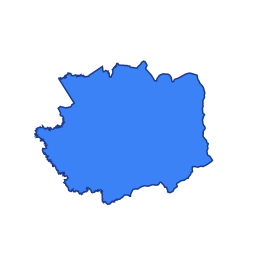 outline of El Carmen De Chucuri, Santander, Colombia, rotated 331°
{"feature_id": "7082276B87147370357978", "entity_name": "El Carmen De Chucuri", "entity_type": "district", "adm_level": 2, "iso_a3": "COL", "parent_name": "Colombia", "parent_adm1": "Santander", "projection": "mercator", "projection_center": [-73.616, 6.671], "detail": "fine", "context": "isolated", "style": "filled", "palette": "blue", "viewbox_px": 256, "rotation_deg": 331, "n_neighbors": 0, "source": "geoboundaries", "source_scale": "gbopen_adm2", "svg_char_len": 5654}
<svg xmlns="http://www.w3.org/2000/svg" viewBox="0 0 256 256"><g transform="rotate(331 128 128)"><path d="M214.0,115.3L209.4,110.5L207.7,109.5L205.9,109.2L204.9,108.8L196.6,108.8L192.2,108.1L190.5,109.4L189.4,109.3L189.1,108.5L190.3,104.7L190.0,101.9L189.0,100.3L184.8,97.6L181.8,97.2L180.4,97.5L177.3,99.0L175.8,100.7L174.2,99.6L174.0,93.1L172.2,85.3L172.6,84.0L174.5,82.9L175.1,82.1L175.1,78.6L174.2,77.1L171.6,77.3L170.1,78.3L165.7,79.4L164.7,80.0L160.9,76.9L159.7,76.3L159.4,75.7L159.6,74.7L158.0,73.7L157.0,72.5L155.8,72.1L155.0,71.3L151.0,68.9L150.3,68.1L150.5,66.8L149.7,66.2L149.3,66.2L149.0,66.9L147.5,67.5L147.6,67.9L146.7,68.0L147.1,68.5L145.7,68.8L145.5,68.4L144.8,68.4L143.4,69.3L142.7,69.3L142.2,71.3L141.1,72.9L139.0,74.1L137.9,75.3L137.2,74.8L137.1,74.2L136.6,73.9L138.1,70.8L137.3,70.1L137.7,69.7L137.7,69.1L138.2,68.7L136.8,67.9L136.5,66.9L134.5,67.1L133.7,66.8L134.0,64.8L134.5,64.3L135.4,61.8L119.5,63.1L119.2,63.6L118.4,63.7L117.4,63.1L115.9,62.8L115.0,61.6L114.4,61.8L114.4,60.2L113.8,60.0L113.0,60.3L112.5,59.1L112.7,58.5L110.9,58.6L110.8,59.2L109.7,58.6L110.2,58.0L109.9,57.6L109.2,58.1L108.6,57.5L108.2,57.9L108.3,56.6L108.0,56.2L105.7,55.8L104.3,54.9L103.9,54.0L104.3,53.7L104.3,52.6L102.9,51.4L102.4,51.8L102.1,51.0L101.5,51.5L100.2,51.8L99.3,51.9L98.8,51.6L97.7,52.0L97.5,52.3L98.3,52.5L98.6,53.1L98.6,53.6L98.2,53.9L96.7,53.5L96.3,52.6L94.4,52.6L93.7,51.9L93.6,52.9L93.2,52.9L92.8,51.8L91.9,50.9L91.4,51.3L93.0,80.3L90.0,80.5L88.7,81.7L87.8,81.7L86.4,81.1L85.5,81.1L84.5,80.5L83.5,80.5L81.0,78.0L80.0,77.4L79.3,76.4L76.5,76.9L76.4,82.1L75.1,83.4L75.2,84.7L76.6,86.3L76.5,87.7L76.0,88.5L75.6,88.5L75.9,89.1L75.2,89.3L74.8,90.1L74.7,90.3L75.1,90.3L75.4,90.9L74.6,91.6L74.2,91.3L73.6,91.7L74.2,92.2L73.3,92.1L73.5,92.6L73.0,93.1L72.5,92.6L72.3,93.2L71.8,93.2L71.6,93.6L71.2,93.6L71.1,94.0L70.5,93.9L70.5,94.4L70.0,93.8L69.1,94.5L67.5,94.0L68.9,92.9L67.7,91.3L67.4,91.4L66.8,92.7L66.1,92.6L66.0,91.8L65.6,91.8L65.4,92.4L65.5,93.1L63.6,92.1L63.0,92.7L62.3,92.8L61.2,92.5L60.5,91.8L60.5,90.3L59.7,90.5L59.7,91.2L58.4,92.3L58.0,91.6L58.0,90.7L58.7,89.7L57.9,89.7L58.1,88.6L57.9,88.5L57.1,89.1L56.4,89.0L56.0,88.4L55.3,88.9L54.4,87.9L54.7,86.6L54.3,84.9L53.9,85.9L53.0,86.0L52.1,85.6L51.7,84.4L50.4,84.7L49.3,84.2L48.2,84.2L47.8,84.4L47.8,85.3L47.2,84.8L47.1,85.4L45.7,85.5L46.2,87.2L45.2,88.2L44.3,87.8L43.6,88.3L43.8,88.7L44.0,88.3L44.6,88.5L43.4,89.9L44.5,89.8L45.5,90.5L43.4,91.8L45.6,92.6L46.4,94.6L47.1,95.2L46.6,96.1L45.6,96.3L45.3,96.8L46.4,97.2L46.8,96.4L48.3,96.6L48.3,97.2L47.5,98.1L48.3,99.1L48.3,100.0L47.5,101.0L48.6,101.2L48.7,101.6L47.1,103.0L47.2,103.4L48.3,103.8L47.1,104.2L47.0,106.1L45.2,105.8L43.6,104.6L42.5,105.9L42.0,108.2L42.2,109.0L43.0,109.3L43.2,109.7L42.0,109.7L42.0,110.0L42.1,110.4L43.1,110.9L43.4,111.5L42.3,113.8L42.7,114.0L44.1,113.4L44.6,114.0L43.0,114.9L42.2,116.4L42.6,116.6L42.6,118.4L43.9,117.9L44.6,118.4L43.8,118.8L43.5,119.7L43.7,120.0L44.8,120.3L43.9,121.4L44.9,123.2L45.0,124.7L44.8,124.9L44.0,124.0L43.6,125.1L44.0,125.5L45.5,125.2L45.9,126.6L45.4,128.3L45.3,130.4L45.3,130.7L46.2,131.2L45.2,133.0L45.2,134.7L45.6,134.8L46.9,134.2L47.2,134.7L46.8,135.5L48.4,135.7L49.0,135.1L49.8,135.8L50.5,135.7L50.3,137.1L48.7,137.0L48.0,138.2L49.2,138.5L49.2,139.7L51.0,140.0L51.4,140.9L51.1,142.9L50.0,143.0L48.9,143.8L48.0,142.7L47.5,142.5L47.4,143.3L46.6,144.4L45.5,144.6L45.6,145.4L46.7,146.3L45.9,147.7L46.6,148.7L46.2,149.8L46.9,150.6L45.9,153.9L47.0,155.6L47.7,156.0L48.2,155.8L48.5,155.0L50.1,154.9L49.4,155.7L49.7,157.5L50.8,158.1L51.3,157.6L52.2,157.5L52.6,157.8L52.8,158.9L54.0,159.1L53.6,161.5L53.9,162.3L54.9,162.2L55.2,163.6L55.6,163.6L55.7,162.9L56.9,163.0L58.2,162.4L58.7,162.9L60.1,162.9L60.5,163.5L62.0,163.3L62.9,162.8L62.3,161.0L63.2,160.2L63.5,160.9L64.4,161.2L64.4,162.1L65.2,162.5L64.9,163.4L65.4,164.3L65.0,166.6L65.4,167.2L67.9,167.9L68.3,167.3L68.8,167.4L69.1,167.0L70.2,167.6L70.2,168.3L71.0,168.9L71.5,168.3L71.5,167.7L71.8,167.5L72.6,168.8L73.6,168.7L74.5,168.9L74.9,170.2L74.7,170.5L74.1,170.5L74.8,171.1L74.5,171.4L73.7,171.1L73.2,171.4L73.1,172.0L73.5,172.6L73.3,173.9L72.8,174.2L71.5,176.9L71.6,177.7L70.8,178.0L70.2,179.6L70.6,180.0L70.2,180.9L70.4,181.5L70.8,181.6L71.5,181.0L72.6,181.7L72.5,183.1L73.3,184.9L75.5,185.6L75.7,185.2L76.5,185.0L77.1,185.2L78.6,184.4L78.9,184.5L79.2,185.6L80.4,186.0L81.0,184.9L82.5,185.4L83.1,184.7L83.9,185.7L84.6,185.4L84.9,185.8L86.3,186.3L87.8,185.9L89.5,186.0L92.3,184.9L95.0,186.3L95.7,187.0L96.6,188.8L97.1,188.9L98.4,187.0L102.0,184.5L102.9,184.3L104.8,184.7L106.8,186.1L110.3,185.8L114.1,186.3L117.5,188.7L121.9,189.4L125.1,191.7L126.2,192.2L127.2,192.2L129.9,191.0L130.6,191.7L131.3,194.2L131.6,195.9L131.4,197.6L132.9,198.6L132.5,200.4L132.6,201.6L131.7,203.1L132.8,204.5L133.7,205.0L136.7,205.1L139.0,203.5L142.3,203.2L142.9,202.7L143.2,200.6L143.8,200.2L149.0,199.9L152.2,201.0L154.6,200.5L156.5,201.1L157.3,200.1L160.3,199.0L161.6,197.5L162.8,197.6L163.4,197.3L164.0,195.4L165.0,193.7L165.6,193.3L167.7,194.0L170.0,196.1L173.2,196.7L174.9,198.1L179.3,198.3L184.5,197.8L186.2,197.2L185.9,192.7L185.3,191.3L184.8,191.0L184.6,189.8L185.8,186.3L187.6,185.0L188.2,184.2L188.7,182.3L190.5,180.8L190.6,180.3L189.9,179.2L190.5,176.9L189.6,172.8L189.8,171.1L191.1,169.5L191.1,168.9L191.7,168.6L192.3,167.2L194.5,166.3L195.3,165.6L195.8,164.2L195.5,162.5L195.7,160.0L196.5,158.7L196.9,157.1L198.9,155.4L199.4,154.5L201.3,153.7L201.2,152.3L200.6,151.4L201.5,149.4L201.6,148.5L202.5,147.6L202.5,146.8L204.3,145.4L205.0,143.3L206.0,142.2L206.4,140.7L209.8,138.2L210.6,136.2L211.8,135.1L212.3,134.3L213.4,129.7L213.5,127.7L212.5,123.7L212.8,121.4L212.6,119.5L214.0,115.3Z" fill="#3b82f6" stroke="#1e3a8a" stroke-width="1.5"/></g></svg>